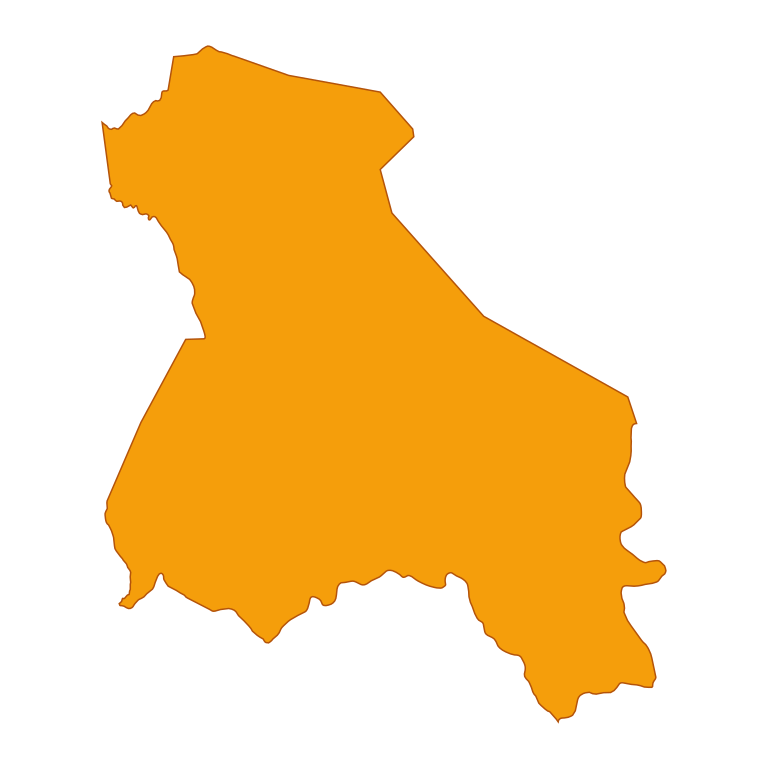 outline of San Jose de Colinas, Santa Bárbara, Honduras
{"feature_id": "27666195B96609935857863", "entity_name": "San Jose de Colinas", "entity_type": "district", "adm_level": 2, "iso_a3": "HND", "parent_name": "Honduras", "parent_adm1": "Santa Bárbara", "projection": "natural_earth1", "projection_center": [-88.328, 15.073], "detail": "fine", "context": "isolated", "style": "filled", "palette": "amber", "viewbox_px": 768, "rotation_deg": 0, "n_neighbors": 0, "source": "geoboundaries", "source_scale": "gbopen_adm2", "svg_char_len": 6108}
<svg xmlns="http://www.w3.org/2000/svg" viewBox="0 0 768 768"><path d="M655.8,677.0L651.8,658.0L650.7,653.9L648.7,649.4L647.8,647.7L645.7,644.6L643.1,642.2L641.5,640.3L630.9,625.6L627.5,620.5L624.7,614.1L623.9,612.1L624.5,608.2L624.1,604.7L623.8,603.2L621.9,598.4L621.1,592.9L621.4,590.6L622.1,587.9L623.1,586.7L624.7,585.9L626.8,585.7L634.1,586.2L638.0,585.9L641.6,585.3L645.1,584.4L652.4,583.3L656.6,582.0L657.7,581.4L658.5,580.7L661.9,576.1L664.7,573.9L665.5,572.3L665.9,570.7L665.4,568.4L664.5,565.8L660.5,561.9L659.1,560.9L657.1,560.6L652.8,561.0L649.0,561.6L646.4,562.5L645.4,562.7L643.6,562.2L639.8,560.3L636.9,558.1L633.1,554.8L626.3,549.8L624.2,548.1L621.9,545.3L621.0,543.7L620.5,542.0L620.0,538.9L620.0,536.3L620.4,534.0L621.1,532.1L622.6,531.1L631.2,526.7L633.9,524.8L640.5,518.2L641.1,517.0L641.4,514.8L641.4,512.1L641.2,507.9L640.7,505.2L640.0,503.4L638.8,501.8L634.5,497.1L625.7,487.1L625.3,485.6L624.7,482.3L624.5,478.2L624.8,474.2L629.7,461.9L630.8,455.7L631.2,451.0L631.1,446.3L631.3,441.3L631.0,437.8L631.4,428.5L632.2,426.1L633.2,424.6L634.6,423.8L636.6,423.5L627.8,397.0L483.7,316.3L391.9,213.0L380.2,169.5L413.8,136.7L412.7,129.0L380.2,92.1L288.6,75.4L233.9,56.1L232.1,55.6L227.4,53.7L221.5,52.0L219.1,51.7L216.3,50.2L211.8,47.2L209.5,46.3L207.7,46.1L205.8,46.9L202.5,48.9L197.7,53.3L196.8,53.9L193.2,54.6L183.7,55.8L173.7,56.7L168.1,90.1L166.7,90.9L163.4,91.0L162.3,91.6L161.8,93.0L161.2,97.7L159.7,100.4L157.4,101.0L155.8,100.6L153.5,101.8L151.7,103.7L148.1,110.3L145.9,112.7L144.1,114.0L140.9,115.5L138.0,115.1L134.7,113.0L132.6,113.4L130.7,114.8L128.2,117.8L125.2,120.9L122.0,125.6L118.4,129.0L116.9,128.9L114.5,128.0L112.7,128.5L111.7,129.3L109.7,129.1L108.3,128.2L106.8,126.0L104.5,124.4L102.1,122.4L110.3,183.8L111.7,185.8L111.3,186.8L109.4,189.3L109.0,190.8L109.2,191.9L110.0,193.1L111.4,198.1L111.7,198.4L114.4,199.1L115.4,200.4L116.8,201.3L119.7,201.0L120.7,201.2L121.5,201.6L122.0,202.2L122.5,203.0L122.8,205.2L124.4,207.5L126.8,207.1L130.7,205.0L132.9,207.7L133.3,207.9L134.5,207.2L135.4,205.8L136.5,205.7L137.1,206.9L138.2,210.9L139.5,213.3L140.6,214.0L142.5,214.6L145.7,213.9L146.7,214.0L147.9,214.7L148.9,215.8L148.3,217.9L148.6,219.3L149.0,219.8L149.6,219.9L150.0,219.7L152.2,216.9L153.8,216.5L155.1,216.8L156.3,217.8L158.4,221.5L161.4,225.8L166.6,232.2L168.3,234.9L170.5,239.5L172.5,242.9L173.3,244.7L173.8,246.8L174.1,249.6L176.4,255.9L177.2,258.7L178.2,265.1L179.4,271.9L182.6,274.6L189.7,279.4L191.9,282.5L193.8,286.4L194.6,289.6L194.7,293.5L194.4,295.2L193.3,297.9L192.5,300.5L192.2,302.1L192.2,303.3L195.9,313.2L200.6,321.7L204.0,331.6L204.7,334.1L205.2,336.7L205.0,338.1L204.1,338.8L185.7,339.4L140.9,422.5L107.1,501.0L106.9,502.9L107.3,508.5L105.8,511.5L105.1,513.5L105.1,515.1L105.5,518.8L105.9,520.9L106.4,522.4L107.3,523.9L108.6,525.0L110.1,527.9L111.5,530.8L113.2,536.0L113.6,537.6L114.5,546.0L115.0,548.7L116.4,551.1L120.3,556.3L122.5,558.8L123.2,560.1L126.4,563.8L127.2,565.7L127.7,567.4L130.0,570.5L130.7,572.3L130.2,576.9L130.5,580.6L130.7,582.2L130.3,584.3L130.3,589.4L129.6,591.1L129.2,594.3L128.9,594.6L128.2,594.7L127.2,595.3L124.5,598.4L123.7,598.7L122.9,598.3L122.4,598.7L121.6,601.4L120.4,602.6L119.2,603.6L119.9,605.4L120.5,605.6L122.0,605.7L124.0,606.2L126.5,607.7L128.5,608.5L130.4,608.4L132.1,607.5L133.0,606.6L134.1,604.8L135.1,603.4L138.1,600.1L139.1,599.4L141.5,598.3L144.0,596.8L146.7,593.8L152.5,589.1L153.8,586.8L155.2,582.4L157.6,576.3L159.3,573.9L160.4,573.4L161.4,573.3L162.3,573.8L163.2,575.0L163.6,576.4L163.7,578.6L164.0,579.7L166.1,583.2L168.2,586.2L176.3,590.4L180.4,593.0L183.8,594.8L184.7,595.5L186.0,597.1L187.8,598.2L209.6,609.4L212.1,610.9L213.1,611.2L215.0,611.1L220.6,609.5L228.7,608.5L231.7,609.1L234.4,610.3L236.2,612.0L238.5,615.6L244.1,620.9L248.8,625.9L251.0,628.6L252.4,631.1L257.2,635.3L260.0,637.2L263.2,639.0L264.3,641.0L265.3,642.2L266.2,642.6L267.5,642.7L268.4,642.9L269.5,642.3L271.5,640.7L272.9,639.0L277.3,635.2L279.2,632.7L280.9,629.0L281.9,627.5L283.5,625.8L288.3,621.3L290.6,619.6L297.9,615.4L304.9,611.9L305.9,611.2L306.9,609.8L307.7,608.2L309.2,603.0L309.9,599.3L310.5,597.9L311.4,597.0L312.7,596.6L314.5,596.9L316.6,597.7L319.2,599.1L320.7,600.6L322.4,604.4L323.0,605.0L323.8,605.4L325.9,605.6L328.3,605.1L331.0,604.2L333.0,602.9L334.7,601.0L335.8,598.5L336.4,595.1L337.0,589.2L337.7,586.5L339.3,584.1L341.0,582.8L345.2,582.4L350.8,581.3L352.9,581.1L354.4,581.4L356.2,582.1L361.2,584.6L362.9,584.9L364.8,584.7L366.9,583.8L371.4,580.7L379.4,577.0L381.4,575.5L386.3,571.1L387.9,570.4L390.2,570.3L392.6,570.7L396.2,572.3L399.7,574.5L401.8,576.5L402.9,577.2L403.7,577.3L405.0,577.0L407.9,575.5L409.5,575.6L411.8,576.6L415.8,579.6L418.2,581.1L422.1,583.1L426.1,584.9L429.8,586.2L434.4,587.4L437.0,587.9L440.8,588.1L442.1,587.8L443.1,587.2L444.8,586.0L445.5,585.1L445.6,584.6L445.1,581.0L445.2,579.0L445.6,576.9L446.5,575.0L447.3,574.1L448.5,573.3L449.9,572.8L451.1,572.7L452.2,573.1L456.5,575.9L460.7,577.8L462.7,579.0L465.2,581.0L467.1,583.5L467.6,584.9L468.0,586.7L468.7,591.4L469.0,596.8L470.4,602.3L472.2,606.3L474.8,613.6L477.1,618.1L478.7,620.1L482.0,622.1L482.7,622.8L483.3,623.9L484.7,631.4L485.2,632.8L485.9,633.9L487.6,635.3L492.2,637.5L494.3,639.0L496.1,641.7L497.7,645.4L498.3,646.4L500.0,648.2L502.5,650.1L505.8,651.9L510.6,653.9L514.5,654.9L517.2,655.1L518.8,655.5L520.0,656.2L521.2,657.4L524.0,662.7L524.8,664.9L525.2,666.6L525.3,668.0L525.2,670.2L524.4,674.0L524.7,676.5L526.2,678.8L528.6,681.3L529.5,683.0L531.4,687.4L532.8,691.8L534.0,694.1L535.8,696.1L538.8,703.1L540.9,705.3L545.0,709.0L547.7,711.0L549.4,711.6L550.0,712.0L556.4,719.3L558.2,721.9L558.5,720.6L558.9,719.7L559.6,719.1L560.6,718.4L561.7,718.1L564.5,717.9L568.1,717.3L570.9,716.2L572.6,715.2L575.3,710.8L577.7,699.5L578.5,697.5L580.1,695.4L583.3,693.5L585.5,692.8L589.4,692.3L592.7,693.7L596.2,694.1L603.5,692.7L610.6,692.5L614.1,690.5L616.8,687.5L619.3,683.9L620.3,683.1L621.5,682.8L622.8,682.8L631.4,684.4L636.9,684.9L640.5,685.7L644.3,687.0L648.5,687.3L651.7,687.3L652.2,687.0L652.6,686.4L652.7,684.6L653.0,682.8L653.9,681.1L655.4,678.9L655.8,677.7L655.8,677.0Z" fill="#f59e0b" stroke="#b45309" stroke-width="1.5"/></svg>